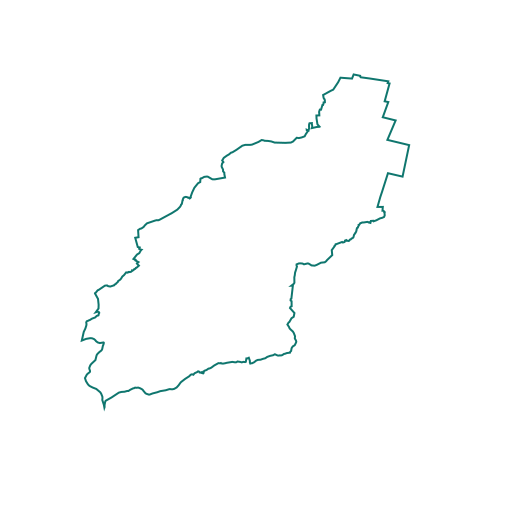 Frumoasa, Harghita, Romania, rotated 140°
{"feature_id": "2599482B33040841725403", "entity_name": "Frumoasa", "entity_type": "district", "adm_level": 2, "iso_a3": "ROU", "parent_name": "Romania", "parent_adm1": "Harghita", "projection": "equal_earth", "projection_center": [25.919, 46.451], "detail": "fine", "context": "isolated", "style": "outline", "palette": "teal", "viewbox_px": 512, "rotation_deg": 140, "n_neighbors": 0, "source": "geoboundaries", "source_scale": "gbopen_adm2", "svg_char_len": 6133}
<svg xmlns="http://www.w3.org/2000/svg" viewBox="0 0 512 512"><g transform="rotate(140 256 256)"><path d="M76.7,338.3L81.4,336.3L89.9,333.8L92.6,334.5L101.1,336.2L102.5,333.8L102.8,332.9L102.7,332.2L103.1,331.1L104.4,329.5L105.5,330.2L106.4,329.3L107.5,328.6L108.0,329.0L112.1,326.3L113.0,327.1L114.7,326.1L115.4,325.4L115.5,325.1L117.1,323.0L119.4,324.8L121.2,322.5L124.1,317.7L124.3,317.2L124.2,314.2L124.6,314.3L126.2,315.6L131.0,318.1L130.0,318.7L129.3,319.6L128.2,321.5L127.8,321.9L129.7,323.3L130.7,322.7L132.1,321.2L133.1,319.8L135.2,318.3L136.0,320.1L136.2,319.8L135.9,319.5L135.7,318.7L137.0,318.0L139.4,317.4L141.8,316.4L144.9,317.5L147.4,318.8L148.8,320.4L154.1,319.9L156.4,320.5L160.9,323.9L168.8,330.9L170.7,334.0L172.9,336.5L175.4,338.8L175.7,339.5L177.1,341.2L180.8,341.8L187.5,343.9L189.2,345.0L192.7,348.0L195.6,349.3L202.7,349.9L207.4,350.6L208.7,351.2L211.5,351.2L213.6,351.6L217.6,351.9L220.5,350.9L220.6,348.9L222.4,348.7L224.5,347.1L225.0,346.2L225.7,343.4L226.8,342.0L226.7,340.2L227.6,339.1L229.3,336.0L238.3,341.2L240.0,342.7L240.3,343.2L241.9,347.7L242.5,348.4L244.8,349.9L247.6,350.4L248.0,350.8L248.9,350.9L251.2,348.5L253.6,349.0L259.3,347.9L263.9,345.8L268.2,343.3L268.2,342.9L269.1,342.6L269.7,342.7L269.6,343.2L270.1,343.5L270.2,344.2L270.7,344.5L270.9,345.3L271.6,346.2L272.2,346.7L273.9,347.2L274.9,346.8L276.4,345.9L276.4,345.7L276.8,345.6L279.3,343.6L280.4,343.5L281.1,343.0L282.6,342.5L286.5,342.1L292.6,342.9L306.8,345.8L308.1,346.3L308.9,347.2L310.5,348.0L318.5,351.1L321.6,350.9L323.2,350.5L324.9,350.6L326.2,350.8L327.4,351.4L329.7,351.6L333.9,345.9L336.8,347.6L340.8,338.9L339.6,337.3L340.9,336.6L340.3,335.2L339.7,334.4L340.7,334.3L343.6,333.2L346.2,333.6L351.8,332.5L351.6,332.0L350.7,330.8L350.7,330.2L351.2,330.0L350.0,326.9L352.0,326.9L352.1,326.0L351.9,323.9L354.6,323.8L355.7,324.1L355.9,323.9L356.9,323.8L357.6,324.2L358.0,324.0L358.4,324.1L358.8,324.0L360.0,324.1L360.2,324.6L360.7,324.3L361.7,324.2L362.9,324.7L363.1,325.1L363.6,325.3L364.0,325.8L365.0,325.7L366.0,326.9L369.4,326.2L371.6,326.2L373.9,325.4L375.2,325.2L377.8,325.4L378.6,324.9L380.5,324.9L381.0,324.7L382.9,325.0L383.4,324.7L387.3,326.3L388.7,328.0L389.0,329.2L390.8,330.4L398.6,331.2L399.2,331.5L402.4,330.9L403.3,331.0L403.4,330.9L404.6,324.7L407.9,319.8L410.4,317.0L414.9,315.9L413.0,315.1L412.4,313.8L412.6,313.2L413.9,312.6L414.5,312.0L414.9,311.8L416.5,312.5L418.7,312.3L421.8,313.4L424.6,313.8L425.2,314.1L426.2,314.3L427.6,314.8L428.1,314.6L428.8,314.2L429.6,312.8L430.7,311.8L433.4,310.1L436.7,308.6L443.8,303.2L439.4,301.7L436.1,299.8L435.3,299.2L434.4,298.2L433.5,296.5L433.2,294.7L433.3,293.6L432.8,291.5L431.6,289.7L428.4,287.8L428.3,287.5L428.7,287.0L429.7,286.3L431.2,285.5L433.6,283.6L434.4,283.2L435.4,283.0L437.7,283.1L440.3,282.9L441.5,282.6L442.5,282.0L445.9,279.5L451.5,279.2L453.2,278.8L455.6,277.5L456.1,276.9L457.0,274.7L457.5,274.1L458.1,273.9L460.1,274.0L461.8,273.9L465.5,272.4L466.7,269.4L467.2,266.0L467.2,264.6L467.0,263.4L465.7,260.3L463.8,256.8L462.9,251.7L463.1,250.1L464.1,247.0L464.9,245.9L466.3,244.5L468.2,239.8L469.6,237.3L469.1,237.6L467.8,239.2L465.3,241.2L464.7,241.6L464.0,241.7L457.7,240.5L448.9,239.5L446.5,238.4L443.9,236.5L441.4,235.4L440.5,234.6L438.5,234.4L435.2,233.6L434.4,233.1L433.5,233.0L433.1,232.8L432.6,232.1L430.8,230.9L429.7,229.0L428.9,226.9L428.8,226.1L428.9,225.3L428.9,221.8L428.3,220.5L427.1,218.6L426.5,218.2L423.6,217.2L419.2,215.1L416.2,214.0L411.5,211.2L408.4,209.9L407.5,209.4L406.8,208.6L405.7,207.6L404.1,206.8L401.3,206.3L398.4,206.7L395.3,207.5L394.2,207.6L389.2,207.4L384.5,206.8L382.5,207.0L381.6,206.8L380.8,206.2L380.3,205.3L378.9,205.6L378.1,205.6L375.7,204.9L374.5,204.9L374.0,204.2L373.9,203.6L374.1,203.0L373.5,202.4L373.0,202.2L373.3,202.1L373.1,201.8L372.3,201.6L371.8,200.4L372.1,200.3L371.9,200.0L371.6,200.0L369.9,201.2L369.1,201.2L367.9,200.7L366.6,200.4L364.8,200.3L363.9,199.7L362.0,199.2L358.4,199.0L353.7,198.1L352.5,196.9L351.7,196.6L351.7,196.1L350.5,194.8L348.6,193.7L347.1,193.0L342.2,190.1L340.3,187.9L339.2,187.2L338.0,187.1L336.0,184.8L335.3,183.7L333.7,183.0L332.5,181.7L331.8,181.5L329.2,183.7L328.7,183.2L326.9,182.7L328.1,179.6L329.2,178.3L329.5,177.3L329.1,177.2L328.0,176.4L325.7,175.8L323.3,175.8L321.5,175.3L319.1,173.6L316.9,172.8L314.6,171.7L312.3,171.5L309.3,170.4L306.7,169.0L304.7,168.6L303.4,165.9L302.4,164.9L302.0,164.8L301.5,164.5L300.9,163.8L299.6,163.2L297.5,163.0L296.7,162.5L294.7,161.8L292.1,160.1L291.4,160.6L290.1,160.7L288.5,162.1L287.5,162.7L285.8,163.1L284.8,162.9L283.6,162.8L280.9,164.0L280.2,164.5L279.7,165.6L279.3,167.7L279.1,168.1L277.7,169.4L276.6,172.6L276.3,174.4L276.7,177.4L276.8,178.9L276.3,180.5L276.2,181.4L276.0,183.3L273.8,184.1L272.9,184.0L268.8,185.5L266.2,185.2L263.2,187.6L263.4,194.3L262.1,194.9L261.0,194.6L257.8,198.5L258.1,199.7L257.1,200.7L256.3,200.6L246.8,209.6L248.0,210.5L245.0,210.4L243.8,210.8L240.3,215.1L238.7,216.3L236.7,218.2L235.2,219.1L231.4,221.6L231.1,222.6L230.3,223.5L227.8,222.7L226.7,221.8L225.2,220.3L224.6,218.8L221.2,217.1L220.6,216.4L219.8,214.1L219.6,213.2L217.3,210.9L215.4,210.2L210.5,209.1L207.4,207.0L205.6,206.9L204.3,207.2L197.0,207.7L194.2,211.8L190.1,212.8L189.6,213.2L188.8,213.1L187.5,213.8L187.3,213.6L181.0,211.4L180.8,210.5L179.2,209.8L177.9,210.6L176.7,210.2L176.9,209.5L176.4,209.1L176.1,209.0L175.7,208.2L174.8,207.8L173.6,208.2L172.6,207.8L171.5,208.0L170.6,207.6L169.4,207.7L167.1,209.3L165.3,209.6L165.1,209.9L163.7,210.2L162.7,211.0L162.1,211.3L161.9,211.7L160.6,212.5L159.7,212.3L159.1,212.8L157.4,213.4L157.3,213.8L156.6,213.6L155.0,214.1L153.8,213.5L153.2,213.5L151.7,212.3L148.7,210.5L148.1,209.2L147.6,209.2L147.3,208.6L147.4,208.2L147.1,207.8L145.5,209.0L143.5,207.6L143.6,207.0L140.9,206.0L136.8,205.1L134.7,204.1L132.8,203.6L131.3,204.4L129.9,206.3L129.7,207.0L129.2,207.0L129.3,208.6L129.6,209.1L130.0,209.4L127.3,212.1L131.4,215.5L122.7,221.4L118.1,224.2L101.7,234.6L92.7,222.6L67.4,242.5L80.7,260.5L61.9,270.1L69.7,280.8L55.7,288.9L58.0,291.8L42.8,302.3L44.0,303.8L42.4,304.8L54.8,318.9L60.9,325.6L60.8,326.7L60.4,327.1L64.5,332.3L68.4,330.2L76.7,338.3Z" fill="none" stroke="#0f766e" stroke-width="2"/></g></svg>